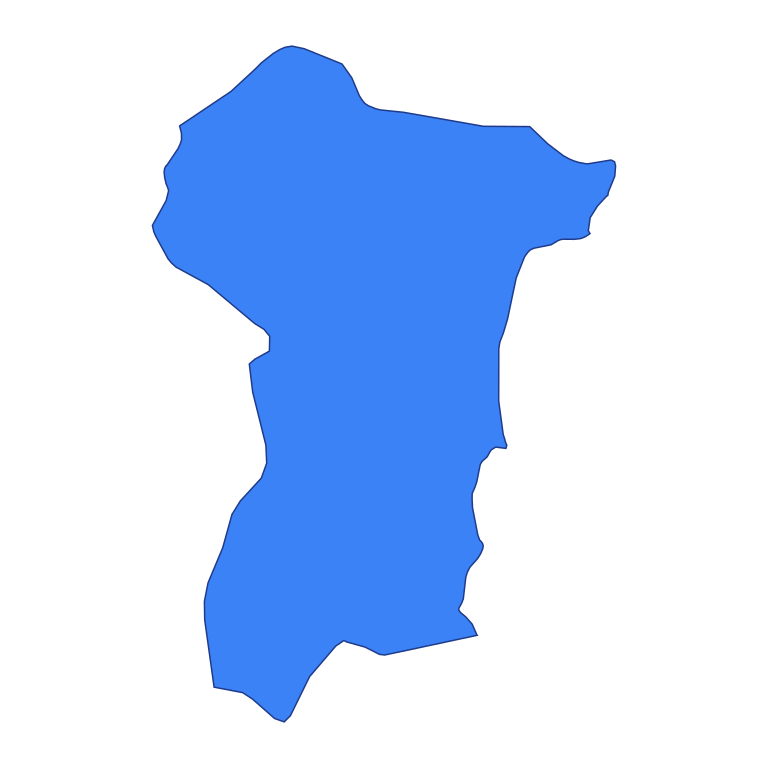 an SVG outline of Prey Vêng
{"feature_id": "KHM-1790", "entity_name": "Prey Vêng", "entity_type": "Province", "adm_level": 1, "iso_a3": "KHM", "parent_name": "Cambodia", "parent_adm1": "", "projection": "orthographic", "projection_center": [105.494, 11.354], "detail": "fine", "context": "isolated", "style": "filled", "palette": "blue", "viewbox_px": 768, "rotation_deg": 0, "n_neighbors": 0, "source": "natural_earth", "source_scale": "10m", "svg_char_len": 1944}
<svg xmlns="http://www.w3.org/2000/svg" viewBox="0 0 768 768"><path d="M607.9,195.2L606.0,196.8L597.5,206.0L590.2,217.6L588.3,230.7L590.0,233.6L585.8,236.4L583.8,237.4L581.5,238.3L579.2,238.8L574.0,239.3L562.9,239.2L560.3,239.7L557.9,240.7L551.0,244.8L534.0,248.2L530.1,250.0L527.5,252.7L524.5,256.9L516.2,278.0L507.5,319.2L503.3,333.2L500.0,341.6L499.4,344.7L498.8,348.7L498.7,401.0L503.2,434.4L504.7,439.0L505.1,441.0L506.8,445.4L505.9,448.4L495.7,447.1L491.6,449.6L490.1,451.5L487.2,456.8L482.4,461.1L481.2,462.8L480.2,464.7L476.8,481.7L475.0,487.1L472.2,493.5L472.1,499.1L472.5,507.6L477.8,535.0L479.7,540.1L481.2,541.6L482.5,543.4L483.2,545.6L482.8,548.7L480.7,553.6L479.0,556.4L477.5,558.7L470.5,566.5L469.3,568.3L467.2,572.6L465.8,577.3L463.3,598.9L461.6,603.3L458.7,608.5L459.0,610.4L460.6,612.6L465.9,617.0L472.2,624.2L477.0,635.2L477.1,635.3L416.8,648.2L384.7,655.0L379.5,654.4L365.1,647.1L346.8,642.0L343.9,640.5L335.8,646.0L309.6,676.6L290.4,715.7L284.2,721.9L274.6,718.5L252.5,699.1L242.6,692.6L214.1,687.2L204.7,619.8L204.4,601.4L208.0,583.0L222.7,547.8L232.0,514.4L240.3,501.0L261.3,478.1L266.7,463.2L265.9,445.2L252.7,392.1L249.3,364.0L254.8,359.2L269.4,351.1L269.7,336.3L264.0,329.3L254.9,323.7L208.2,284.6L176.0,267.1L171.5,263.0L168.1,258.9L155.6,235.9L153.8,231.7L152.4,225.4L166.1,200.7L168.6,190.8L167.9,188.2L166.0,183.4L164.7,177.7L164.1,172.0L164.6,168.7L165.7,166.3L166.4,165.5L167.2,164.8L177.9,148.8L180.3,143.8L181.5,139.9L181.5,134.3L181.2,132.1L179.6,125.9L230.9,91.5L255.7,68.6L261.5,62.7L273.2,53.5L279.7,49.6L285.0,47.3L292.0,46.1L304.2,48.7L342.0,64.0L351.8,77.8L359.4,95.8L361.4,99.0L364.5,103.1L366.3,104.4L368.5,105.8L375.9,108.8L380.3,109.9L403.6,112.3L483.3,126.3L529.7,126.6L547.8,143.9L563.3,155.7L568.7,158.7L573.3,160.7L578.6,162.4L586.2,163.8L588.0,163.8L611.0,160.0L614.5,161.7L615.6,165.8L614.8,176.1L608.4,192.0L607.9,194.9L607.9,195.2Z" fill="#3b82f6" stroke="#1e3a8a" stroke-width="1.5"/></svg>